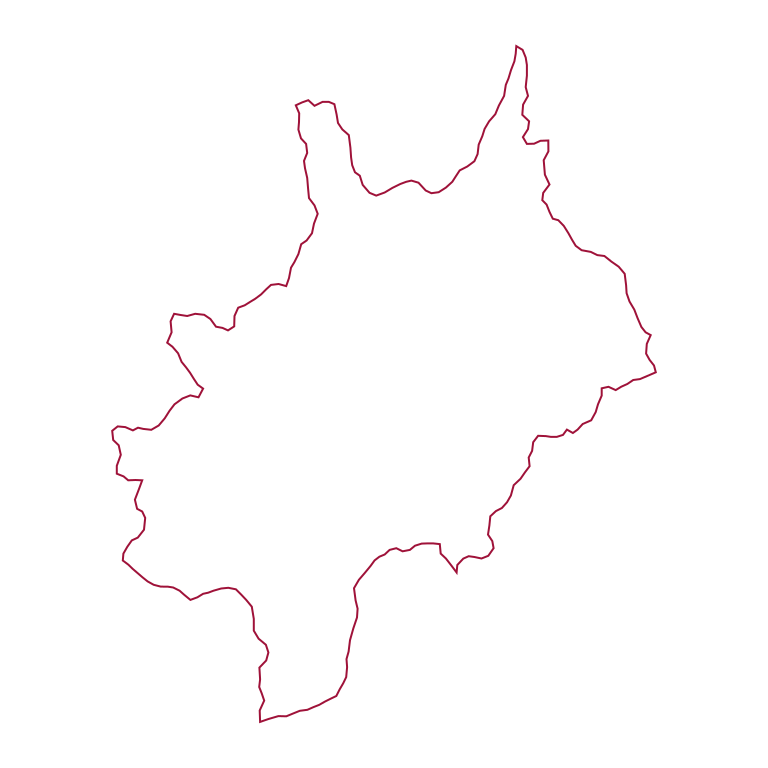 outline of Campanário, Minas Gerais, Brazil
{"feature_id": "56859067B36215621626417", "entity_name": "Campanário", "entity_type": "district", "adm_level": 2, "iso_a3": "BRA", "parent_name": "Brazil", "parent_adm1": "Minas Gerais", "projection": "equal_earth", "projection_center": [-41.737, -18.28], "detail": "fine", "context": "isolated", "style": "outline", "palette": "rose", "viewbox_px": 768, "rotation_deg": 0, "n_neighbors": 0, "source": "geoboundaries", "source_scale": "gbopen_adm2", "svg_char_len": 3762}
<svg xmlns="http://www.w3.org/2000/svg" viewBox="0 0 768 768"><path d="M650.7,335.1L645.6,332.3L641.4,327.0L637.6,318.2L634.3,309.6L629.5,301.5L626.6,293.2L626.1,285.2L624.7,273.8L618.7,266.7L611.4,261.6L604.4,256.0L597.3,255.1L590.8,251.9L581.6,250.2L575.7,245.8L572.0,239.7L568.4,233.2L563.8,225.9L558.3,220.2L552.8,218.7L549.5,211.9L546.6,204.6L542.3,200.2L543.2,192.9L549.5,184.5L544.9,174.7L543.7,160.2L548.4,151.4L548.3,140.5L540.4,140.8L534.1,143.7L526.9,143.9L522.9,137.1L528.0,129.1L529.1,121.3L522.3,114.8L523.1,104.6L528.0,95.9L525.7,87.1L526.9,75.7L526.9,65.0L525.7,57.5L522.6,49.9L516.3,46.1L515.7,53.8L514.4,61.3L511.0,70.1L508.5,78.4L505.8,84.9L504.1,95.9L498.9,105.5L495.3,114.2L489.1,121.3L484.6,128.9L482.3,136.2L478.7,144.6L477.6,154.1L474.4,161.2L467.3,166.5L459.7,170.4L455.7,176.5L452.3,181.8L445.9,187.6L438.7,192.2L431.4,193.2L425.7,190.5L418.5,182.7L411.4,180.6L406.2,181.8L400.3,184.0L392.4,187.9L384.7,192.5L376.2,195.6L369.5,192.8L362.7,184.9L359.8,175.7L355.0,172.3L352.2,165.2L351.1,157.5L350.4,147.6L348.8,135.1L342.3,129.4L338.0,123.0L336.6,114.5L334.4,104.2L328.9,101.9L322.5,101.9L314.5,105.8L308.3,100.2L302.1,102.4L295.8,105.3L299.2,113.3L299.0,122.1L298.4,129.6L301.0,138.4L306.1,143.9L307.2,152.9L304.0,160.9L305.0,168.2L307.2,177.9L308.1,188.8L309.0,198.1L314.5,205.4L317.7,213.8L314.0,223.6L312.0,233.2L306.6,240.5L301.2,244.2L298.4,254.1L294.4,262.1L291.0,267.7L289.0,278.1L286.2,286.1L278.6,284.0L271.0,284.9L266.2,289.3L261.1,294.4L255.2,298.8L250.1,301.9L244.7,305.3L238.2,307.7L234.5,316.0L234.2,326.4L228.0,330.4L222.5,327.9L216.0,326.7L210.4,319.0L204.2,314.8L195.2,313.8L187.2,316.0L180.7,315.0L174.1,313.8L170.6,321.3L171.6,332.3L167.2,342.7L172.5,346.8L178.1,353.3L181.6,361.9L186.0,367.3L190.0,372.7L193.8,378.8L197.7,384.7L203.1,388.6L198.5,397.3L190.3,395.4L182.4,398.5L174.5,404.3L169.6,410.7L164.7,418.4L158.7,425.5L151.3,429.8L143.2,428.9L138.0,427.7L132.9,430.4L125.3,427.1L117.7,426.4L112.2,430.8L113.2,440.0L118.7,445.3L120.8,454.8L116.8,465.8L116.8,473.7L123.6,476.4L128.2,480.3L135.5,480.0L142.2,480.3L139.1,488.7L134.9,499.7L137.1,508.8L142.2,511.5L145.2,517.9L144.0,529.7L137.8,537.6L131.8,540.4L127.3,546.8L123.4,553.6L122.8,560.5L128.4,564.7L132.6,568.8L137.5,573.0L142.5,577.3L147.6,581.4L153.7,584.8L160.7,586.6L168.0,586.7L173.2,587.5L179.6,590.7L184.1,594.7L190.4,599.9L197.4,597.3L203.1,593.8L208.2,592.7L213.5,590.7L221.2,588.5L228.3,587.8L235.9,589.3L241.3,594.7L246.2,599.9L251.8,606.7L253.8,618.9L253.8,630.7L258.6,638.7L265.9,644.8L268.4,652.5L266.2,660.5L259.4,667.6L260.1,679.4L259.2,687.0L261.7,693.3L264.2,700.6L259.7,710.5L260.1,721.9L268.5,719.0L278.4,716.1L286.3,716.3L293.1,713.5L299.8,710.8L307.4,709.8L313.5,707.1L319.1,704.9L325.1,701.5L331.3,698.4L336.3,696.0L339.7,689.3L343.2,683.3L346.2,677.1L347.1,667.1L346.5,659.1L348.6,651.6L350.0,640.2L353.3,628.5L357.0,617.5L357.6,608.7L355.6,600.4L354.0,588.2L358.9,579.8L365.0,572.7L370.6,565.9L374.6,560.4L379.4,556.7L384.7,554.5L389.6,549.9L396.3,548.2L402.6,551.3L409.9,549.9L415.0,545.7L421.7,543.6L427.4,543.4L433.1,543.4L439.8,544.1L440.7,553.6L445.9,558.5L451.5,565.7L456.6,572.5L457.3,565.0L463.3,558.6L468.7,556.2L474.4,557.0L481.5,558.5L488.3,555.8L493.6,548.2L492.3,541.1L488.0,534.6L489.4,525.4L490.3,516.3L495.9,511.1L501.9,508.0L507.0,502.3L510.9,495.5L513.7,485.2L520.5,478.8L525.0,472.3L529.6,466.2L528.7,457.5L532.1,450.9L533.2,442.2L538.1,435.8L545.8,436.1L551.1,436.9L556.7,436.9L563.0,434.9L566.9,429.6L572.9,433.0L577.6,429.6L582.7,424.0L591.2,420.3L595.7,412.1L598.0,404.3L601.7,395.6L601.7,388.3L608.5,386.8L615.7,390.1L621.3,386.7L627.3,384.0L633.2,380.0L639.9,379.1L647.0,376.1L655.8,372.3L654.0,365.5L649.6,359.9L646.1,353.6L646.8,343.9L650.7,335.1Z" fill="none" stroke="#9f1239" stroke-width="2"/></svg>